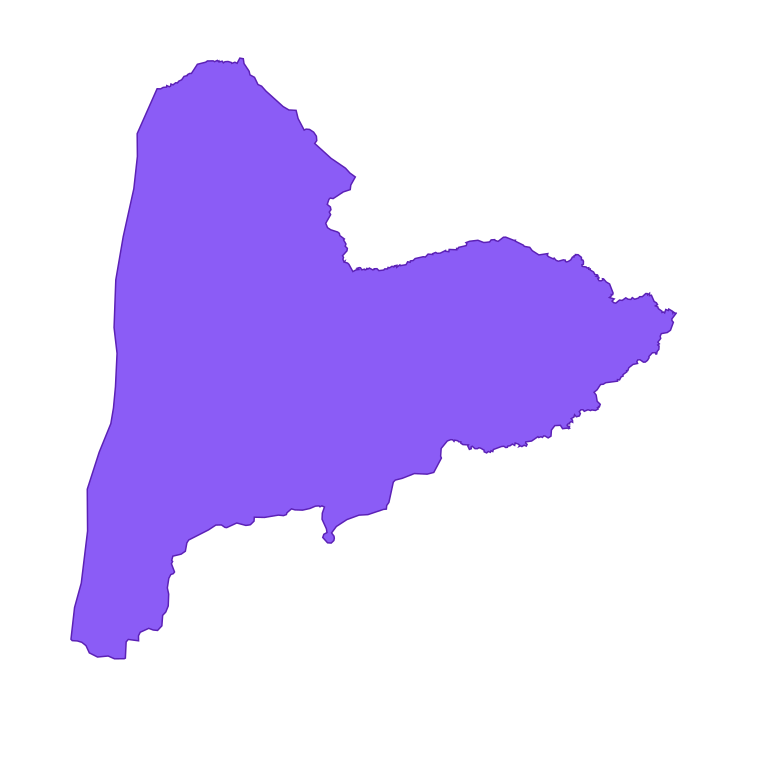 Sissala West, Upper West, Ghana, rotated 277°
{"feature_id": "2480657B76140913943028", "entity_name": "Sissala West", "entity_type": "district", "adm_level": 2, "iso_a3": "GHA", "parent_name": "Ghana", "parent_adm1": "Upper West", "projection": "natural_earth1", "projection_center": [-2.221, 10.758], "detail": "fine", "context": "isolated", "style": "filled", "palette": "violet", "viewbox_px": 768, "rotation_deg": 277, "n_neighbors": 0, "source": "geoboundaries", "source_scale": "gbopen_adm2", "svg_char_len": 6157}
<svg xmlns="http://www.w3.org/2000/svg" viewBox="0 0 768 768"><g transform="rotate(277 384 384)"><path d="M362.1,572.8L362.8,573.7L363.5,572.9L364.6,573.3L364.6,571.2L365.5,570.7L366.8,571.5L367.1,573.1L368.0,572.7L369.5,574.3L369.0,575.9L371.0,575.5L372.4,574.0L374.4,576.6L376.7,576.9L374.9,578.9L376.1,581.8L378.6,582.5L380.3,581.2L382.4,582.6L382.7,584.6L381.3,586.1L383.3,589.6L382.8,592.3L383.6,593.4L383.5,597.1L385.3,599.6L386.4,598.8L386.9,600.0L387.8,599.7L387.8,600.6L390.2,601.1L392.8,597.7L398.9,595.9L401.4,593.5L404.2,596.2L409.9,599.0L410.5,601.7L412.3,603.9L415.3,615.5L416.8,615.2L416.8,617.3L420.1,618.6L420.9,620.3L422.4,620.1L425.8,623.6L426.8,623.2L427.1,624.4L430.0,625.0L433.8,628.8L435.3,633.2L437.0,632.2L438.8,632.9L439.3,635.1L437.3,638.8L437.6,640.7L439.5,642.6L442.3,643.9L443.6,643.6L447.7,646.6L448.2,649.5L446.8,650.3L447.1,651.0L449.5,651.1L451.9,652.6L455.2,652.4L456.1,651.0L457.4,652.4L458.9,650.7L462.9,653.1L465.1,652.3L467.8,653.1L469.6,658.9L472.3,661.8L480.5,663.7L482.0,662.1L483.7,661.8L490.4,665.7L489.6,664.7L490.8,662.4L489.7,662.1L491.4,661.4L493.1,657.5L491.6,657.2L492.3,654.6L488.8,653.9L489.5,652.8L488.9,651.2L490.1,651.0L492.3,647.0L493.8,646.5L494.6,643.9L496.1,645.8L497.8,644.5L498.8,642.1L504.7,638.6L504.1,636.8L506.4,636.5L504.6,634.8L505.8,634.3L505.7,632.8L502.2,629.8L501.8,627.1L500.3,626.0L498.7,622.5L500.0,619.9L498.0,618.7L497.9,615.9L499.0,613.5L496.0,610.2L496.0,607.5L492.5,604.2L492.7,602.1L494.1,600.3L496.5,602.1L497.3,597.2L499.4,599.1L500.5,598.7L500.6,600.1L502.2,600.3L510.8,595.7L512.3,592.2L515.1,589.1L515.1,588.1L514.0,588.6L512.8,586.8L512.8,584.8L514.5,583.4L515.5,584.5L516.3,583.9L516.7,581.6L517.7,583.0L518.3,582.6L518.4,579.9L520.7,578.4L522.3,574.8L523.3,574.7L522.9,573.3L524.4,573.1L523.9,571.5L524.8,570.3L524.9,566.4L526.4,565.9L527.2,567.3L530.2,567.0L531.3,566.2L531.3,564.9L533.8,564.5L536.0,560.9L535.8,558.3L535.2,558.5L534.3,556.9L533.3,557.1L533.0,555.6L529.9,554.2L528.1,551.9L527.4,550.2L527.7,549.2L529.0,548.9L529.1,546.9L527.1,542.1L527.7,539.8L529.7,537.5L528.8,536.9L530.4,531.8L531.5,530.4L533.4,530.7L531.0,522.0L534.4,514.9L537.4,512.0L537.7,506.5L538.8,505.4L541.8,496.8L542.7,496.9L542.4,495.4L544.6,486.9L544.2,484.6L539.5,479.9L540.0,476.9L540.8,476.3L540.1,472.8L537.9,471.5L537.1,468.3L536.6,465.7L538.1,459.7L536.1,451.5L534.3,448.1L533.5,449.1L531.4,448.8L528.7,441.4L527.4,440.9L527.4,439.6L526.1,439.9L525.5,432.3L523.2,432.2L523.3,429.0L524.0,428.8L520.7,423.8L520.2,420.8L520.9,419.3L519.3,416.4L518.5,416.6L518.3,411.9L515.1,409.6L515.1,407.4L512.3,399.6L510.1,397.9L509.4,395.2L508.0,395.1L508.2,392.6L505.1,391.3L503.5,385.9L504.2,385.3L501.5,382.5L503.4,382.4L502.6,380.1L502.1,380.5L501.4,379.4L501.8,377.6L500.0,375.4L500.2,373.8L498.7,373.5L498.3,370.6L497.1,369.9L495.9,365.1L497.6,363.0L497.2,360.2L496.5,360.3L495.9,359.0L497.3,355.3L496.4,354.5L496.7,352.2L496.0,353.3L494.9,351.3L495.6,350.6L494.6,348.1L496.5,346.5L496.5,345.2L495.5,343.1L494.5,344.8L493.9,342.4L491.8,339.4L498.5,334.6L499.6,333.1L500.1,330.0L501.1,330.2L500.3,329.4L502.9,328.0L504.7,328.4L506.2,327.2L511.6,331.0L514.2,331.1L516.0,328.7L518.3,329.2L522.1,326.3L523.1,327.0L525.9,322.1L528.1,321.3L529.2,319.5L530.6,312.3L532.3,308.9L536.4,306.6L545.6,310.4L548.0,308.7L550.5,310.1L553.2,309.2L555.3,305.8L560.5,306.8L562.0,308.0L561.8,310.9L569.7,320.2L572.8,326.8L577.4,326.8L586.0,330.3L589.2,324.5L593.5,319.5L601.5,304.0L614.3,285.9L617.4,287.6L621.7,286.7L625.4,283.5L627.6,279.1L627.5,275.6L626.3,273.8L637.0,266.4L644.9,263.4L644.4,256.2L647.1,250.0L660.3,231.2L664.7,226.2L665.9,222.4L672.6,218.1L674.5,213.3L678.0,212.0L685.0,206.0L689.7,204.7L689.9,201.2L684.4,199.1L685.2,196.8L683.7,193.9L684.5,193.3L685.1,189.9L684.5,186.9L683.2,185.4L684.7,184.1L683.6,181.1L684.6,180.8L684.1,180.1L684.9,179.2L683.3,176.6L683.9,175.1L683.1,169.3L681.7,167.8L678.6,159.8L668.8,155.0L668.5,153.2L667.1,151.2L666.2,151.2L664.9,148.0L661.3,146.1L659.4,143.2L657.7,142.4L657.6,140.5L655.2,138.1L655.8,136.0L653.5,135.8L652.9,134.7L653.7,132.0L652.2,132.0L651.5,128.7L649.7,126.3L649.4,122.8L602.4,108.5L579.8,111.5L547.4,111.9L498.5,107.2L454.7,105.1L407.1,109.2L381.9,115.3L348.5,117.8L327.2,118.4L311.4,117.7L281.5,109.6L243.4,102.3L202.0,107.7L149.5,107.8L124.5,104.1L92.5,104.4L91.3,105.8L91.6,110.9L90.8,115.5L88.0,120.1L81.2,124.3L78.1,132.9L80.4,143.4L78.4,150.0L79.7,159.7L80.4,160.7L96.6,159.5L99.3,161.3L99.2,171.7L104.2,171.0L107.9,172.3L112.8,180.3L111.7,184.9L111.8,189.3L116.9,193.0L127.4,192.5L131.1,195.2L137.4,196.9L149.2,195.9L155.2,193.8L164.9,194.1L168.9,195.6L170.1,198.0L171.9,199.0L179.7,194.9L182.2,195.8L183.0,194.8L187.4,195.4L190.4,203.4L193.8,207.2L202.3,207.7L205.4,209.2L217.8,227.6L223.5,234.3L224.3,239.8L222.3,243.6L222.3,245.4L228.1,254.8L226.8,264.1L227.6,267.2L228.1,268.6L232.0,271.7L236.0,271.5L237.0,281.6L241.0,295.2L241.1,300.3L242.5,303.0L244.4,303.4L248.8,307.4L248.2,310.9L248.9,318.6L251.4,325.6L254.4,330.8L255.1,334.3L254.3,335.4L255.5,337.2L254.6,339.9L248.3,338.5L242.2,339.0L233.2,344.5L229.6,345.5L227.5,342.6L224.2,341.9L219.5,347.3L219.7,351.0L222.5,353.3L224.8,353.5L226.9,352.9L229.8,350.1L236.8,354.1L244.9,363.7L250.8,375.2L252.4,384.0L259.5,398.8L260.1,401.6L263.7,401.5L267.1,403.3L287.7,405.2L290.0,406.9L292.6,413.6L298.8,425.0L299.8,437.9L302.3,444.2L317.5,450.0L319.3,449.0L327.0,448.6L335.2,453.8L336.9,457.1L337.0,459.0L335.6,460.5L336.9,461.0L336.7,464.0L335.7,465.4L335.9,467.3L334.6,467.5L333.5,469.7L333.8,475.2L332.7,474.7L329.5,476.7L330.4,478.5L332.0,478.1L333.0,479.1L330.9,482.2L331.2,484.7L332.3,485.9L332.1,487.7L330.5,491.4L328.9,491.7L328.1,494.3L329.7,495.7L329.2,497.9L330.8,498.4L330.2,500.2L332.3,500.5L336.3,508.3L336.8,510.6L335.8,512.5L336.2,514.2L337.6,514.6L338.0,516.6L340.0,518.7L339.0,521.2L341.4,521.4L340.8,524.4L339.6,526.2L338.5,525.7L339.2,526.9L338.7,528.5L340.3,530.5L339.7,532.8L341.5,533.4L342.7,531.7L343.8,531.8L345.4,537.5L350.5,543.2L349.7,544.1L350.8,546.2L350.3,547.8L351.8,548.7L352.0,550.1L350.5,553.5L352.6,556.1L358.7,555.8L363.5,558.6L364.5,564.1L361.4,566.7L362.6,571.5L362.1,572.8Z" fill="#8b5cf6" stroke="#5b21b6" stroke-width="1.5"/></g></svg>